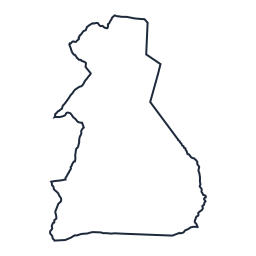 outline of Yamaranguila, Intibucá, Honduras
{"feature_id": "27666195B33223985620442", "entity_name": "Yamaranguila", "entity_type": "district", "adm_level": 2, "iso_a3": "HND", "parent_name": "Honduras", "parent_adm1": "Intibucá", "projection": "natural_earth1", "projection_center": [-88.263, 14.28], "detail": "fine", "context": "isolated", "style": "outline", "palette": "slate", "viewbox_px": 256, "rotation_deg": 0, "n_neighbors": 0, "source": "geoboundaries", "source_scale": "gbopen_adm2", "svg_char_len": 5600}
<svg xmlns="http://www.w3.org/2000/svg" viewBox="0 0 256 256"><path d="M150.2,102.0L158.2,73.3L160.5,64.1L146.2,54.4L147.6,22.7L144.5,19.2L140.9,19.0L134.5,18.4L126.9,16.9L121.6,16.8L120.7,16.7L119.8,16.5L118.9,16.3L117.3,16.3L115.3,15.6L114.6,15.4L114.2,15.8L112.7,17.1L112.2,17.5L111.8,18.3L111.6,19.1L110.3,21.0L109.1,23.5L108.4,23.8L108.0,24.2L107.9,24.7L108.0,26.5L107.6,27.7L107.2,28.2L106.9,28.3L105.5,27.8L104.5,27.7L103.6,26.9L103.3,26.4L102.3,25.9L101.0,26.2L100.7,26.1L100.4,26.0L99.8,25.6L98.8,24.6L98.0,23.2L97.6,23.0L97.1,22.9L96.1,23.1L95.9,23.0L94.5,23.4L93.7,23.5L93.4,23.5L93.1,23.3L92.9,23.2L91.5,23.9L91.1,24.0L89.9,24.9L88.7,25.6L87.6,26.6L87.1,26.8L86.9,27.0L86.7,27.3L86.7,27.8L86.5,28.4L85.7,30.2L84.0,30.9L83.3,31.3L82.5,32.4L80.8,34.7L80.1,35.2L79.5,35.7L79.4,36.2L79.5,36.6L79.4,36.9L79.2,37.1L78.8,37.4L78.6,37.6L78.6,37.9L78.8,38.2L78.9,38.5L78.9,38.9L78.9,39.0L77.6,40.2L77.0,40.7L76.2,41.6L75.8,41.9L75.2,41.9L74.1,41.7L73.4,41.4L73.1,41.4L72.2,41.8L70.6,43.6L70.1,43.8L69.7,43.5L69.4,44.2L69.4,45.0L69.6,45.3L70.1,46.7L70.8,48.3L70.9,48.7L71.1,49.6L71.9,51.8L72.4,52.8L73.0,53.4L73.3,54.0L73.8,54.6L74.3,54.8L75.0,54.9L76.6,57.2L76.8,57.8L77.1,58.0L77.5,58.3L79.0,59.8L80.4,59.8L80.8,59.9L81.2,60.2L81.5,60.8L81.8,61.0L83.0,61.3L84.7,62.0L85.7,62.7L85.8,62.8L85.9,63.5L85.8,65.4L85.5,66.9L90.7,73.3L90.5,74.0L89.8,75.0L88.8,76.1L86.4,79.3L85.4,80.3L84.1,82.5L83.4,84.0L82.2,85.6L81.4,86.2L79.7,86.7L77.9,87.7L77.0,88.4L75.8,89.2L74.9,89.8L74.3,90.5L73.8,91.2L73.0,92.4L72.4,93.3L71.9,93.9L70.8,94.9L68.9,97.9L65.6,102.5L64.1,104.4L63.0,105.4L62.6,106.2L61.9,108.8L60.7,109.4L59.0,110.9L58.4,111.1L57.9,111.3L56.8,112.7L55.9,113.6L55.5,113.7L55.3,114.0L55.2,114.2L55.1,115.5L54.9,116.3L54.5,117.2L55.1,117.0L55.8,116.9L57.1,117.1L57.5,117.0L58.2,117.0L58.9,117.1L60.6,116.8L62.2,116.5L64.3,115.7L65.1,115.2L65.4,114.8L66.3,113.2L66.5,112.9L66.8,112.8L67.4,112.6L68.0,112.6L70.0,113.1L70.4,113.4L71.4,114.5L73.3,117.3L73.9,117.7L75.8,119.4L77.3,121.3L77.8,121.8L78.3,122.1L79.0,122.3L80.1,122.5L81.3,122.8L82.1,122.8L83.8,127.6L83.5,127.9L82.9,128.3L82.6,128.6L81.9,129.6L81.4,130.6L81.2,131.4L81.3,132.6L81.2,134.0L80.9,134.8L80.4,135.5L80.2,135.9L79.8,136.9L79.5,137.9L79.3,139.0L79.2,140.4L79.1,141.1L79.2,142.0L79.2,142.4L78.6,144.5L78.2,146.5L77.9,147.1L77.4,147.8L77.2,148.0L76.7,148.2L76.6,148.4L76.3,148.9L76.1,149.4L75.7,151.8L75.2,155.5L75.2,156.1L75.4,157.4L75.4,158.3L75.2,160.1L75.0,161.1L74.9,161.3L74.8,161.5L74.6,161.5L74.2,161.4L74.0,161.5L73.5,162.0L73.1,162.7L72.2,164.2L71.5,166.0L70.8,166.9L70.7,167.1L70.7,167.4L70.9,168.1L70.9,168.4L70.8,168.7L70.7,169.1L70.2,170.0L69.4,171.1L69.2,171.5L69.1,172.1L69.0,172.4L68.7,172.7L68.1,173.4L66.9,175.9L66.3,176.7L65.8,177.4L65.5,178.1L65.4,178.7L65.4,179.2L65.5,179.5L61.5,180.3L58.3,180.7L55.7,180.9L51.2,181.7L51.4,182.0L51.6,182.4L51.9,183.9L52.0,185.1L52.1,185.4L52.9,186.0L53.3,186.5L53.5,186.9L53.7,187.8L53.7,188.7L53.8,189.0L54.4,189.8L57.6,192.6L58.0,193.1L58.7,194.3L59.1,195.4L60.8,197.9L61.1,198.7L61.2,199.6L61.2,200.1L61.1,200.7L60.9,201.2L60.6,201.7L60.3,202.1L58.4,203.7L58.2,204.0L57.8,205.1L57.2,206.8L55.4,211.3L55.3,211.7L55.3,212.0L55.5,213.3L56.0,214.8L56.4,217.8L56.3,218.5L56.1,218.8L54.7,219.8L54.4,220.1L54.3,220.8L54.3,222.0L54.3,222.4L54.2,222.6L53.6,222.6L53.4,222.7L52.9,223.0L52.7,223.3L52.5,224.2L52.0,225.1L51.8,225.9L51.8,226.5L52.2,228.2L52.2,228.6L51.9,229.2L50.4,231.0L50.2,231.2L50.1,231.8L50.1,232.9L50.1,233.2L50.3,233.6L50.7,234.2L51.7,235.3L52.3,236.2L52.4,236.6L52.4,237.2L52.5,237.7L52.8,238.4L53.0,238.8L53.2,239.1L54.0,239.7L54.3,240.2L54.5,240.6L65.2,240.0L70.8,237.7L74.5,235.4L76.9,235.4L78.2,235.0L81.2,234.0L85.3,233.6L87.5,233.5L90.1,232.6L92.9,232.1L100.7,232.4L103.5,233.2L105.9,233.1L111.1,233.6L114.6,233.3L122.8,233.7L172.4,235.6L179.5,232.9L179.9,233.3L180.1,233.3L181.1,233.2L183.0,232.7L183.8,232.1L184.7,230.9L185.4,230.2L187.0,229.6L188.6,228.8L189.6,228.2L190.3,227.5L190.7,227.4L192.1,227.0L193.9,226.8L196.1,226.8L196.8,226.9L197.4,227.1L197.6,227.1L197.6,226.9L197.4,226.8L197.2,226.6L197.1,225.7L196.4,224.0L195.1,222.6L194.9,222.3L194.7,221.5L194.8,220.9L195.7,218.5L195.9,217.6L196.0,217.4L196.2,217.2L196.4,216.8L196.6,216.5L198.0,215.8L198.3,215.4L198.4,215.1L198.4,214.7L198.2,213.1L198.3,212.8L199.5,211.7L200.7,210.9L201.5,210.3L202.2,209.6L202.7,208.7L202.8,208.3L202.8,207.8L202.7,207.1L202.4,206.5L202.3,206.1L202.9,205.5L203.6,205.1L204.0,204.7L204.2,204.1L204.3,203.1L204.5,202.4L204.9,202.0L205.3,201.6L205.5,201.3L205.4,201.0L204.2,199.5L204.1,199.1L204.1,198.7L204.5,197.9L205.1,197.7L205.6,197.5L205.8,197.2L205.9,196.9L205.8,196.3L205.4,195.6L204.9,195.4L203.1,194.8L202.9,194.6L202.6,193.4L202.2,192.8L201.7,192.3L201.5,191.8L201.5,191.1L201.7,189.8L201.7,189.3L201.6,188.9L201.1,188.2L200.0,186.9L199.7,186.5L199.7,186.2L199.8,185.9L200.4,184.6L200.4,184.3L200.3,183.4L200.0,182.3L199.9,181.3L200.0,177.5L199.4,173.5L199.2,172.7L198.6,171.3L198.5,170.6L198.6,169.5L199.1,167.4L199.2,167.1L199.1,166.7L198.8,166.2L197.9,165.0L197.3,164.1L197.2,163.5L197.3,161.9L196.3,160.4L194.2,158.5L194.0,158.3L192.4,158.1L191.7,157.5L190.8,157.1L190.6,156.7L190.3,156.0L189.4,155.1L189.2,154.6L188.6,154.2L187.9,154.2L187.5,154.0L187.3,153.6L187.2,152.9L186.9,151.8L186.3,150.7L185.6,149.8L185.5,148.6L185.4,148.3L185.2,148.2L184.8,148.2L184.3,148.0L183.8,147.2L183.6,146.6L183.4,146.1L182.4,145.6L182.2,145.4L181.9,144.9L181.6,144.0L181.3,143.5L181.0,143.2L180.4,142.7L180.1,142.3L179.8,141.9L179.6,141.2L179.2,140.7L178.9,140.5L178.5,140.4L178.3,140.3L177.8,139.2L150.2,102.0Z" fill="none" stroke="#1e293b" stroke-width="2"/></svg>